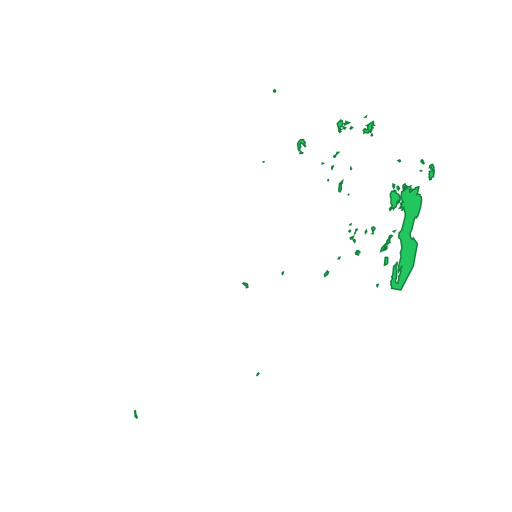 the district of Stykkishólmsbær, Vesturland, Iceland, rotated 321°
{"feature_id": "244011B37463664010444", "entity_name": "Stykkishólmsbær", "entity_type": "district", "adm_level": 2, "iso_a3": "ISL", "parent_name": "Iceland", "parent_adm1": "Vesturland", "projection": "orthographic", "projection_center": [-22.794, 65.108], "detail": "fine", "context": "isolated", "style": "filled", "palette": "green", "viewbox_px": 512, "rotation_deg": 321, "n_neighbors": 0, "source": "geoboundaries", "source_scale": "gbopen_adm2", "svg_char_len": 6198}
<svg xmlns="http://www.w3.org/2000/svg" viewBox="0 0 512 512"><g transform="rotate(321 256 256)"><path d="M389.6,341.0L388.7,341.6L387.6,340.3L388.7,337.0L390.2,335.2L393.6,333.6L402.2,327.0L404.9,326.1L405.5,326.6L405.2,327.1L407.3,326.6L414.8,321.5L420.0,316.6L421.6,313.8L421.1,312.3L422.1,311.5L421.2,310.5L421.0,309.5L420.0,309.4L423.2,307.1L423.1,306.4L424.7,306.0L426.1,304.7L422.8,303.3L421.5,304.2L419.6,302.6L418.4,303.7L415.8,303.3L417.2,301.1L418.0,301.9L419.3,300.5L419.4,299.4L420.3,299.1L417.2,297.8L417.2,296.2L416.6,295.2L417.2,293.8L414.9,293.6L413.4,295.2L416.6,295.8L416.9,296.9L415.7,297.2L415.9,297.4L415.6,298.5L414.8,298.4L415.0,297.5L414.2,297.8L414.5,296.5L413.9,296.3L413.2,296.6L414.1,297.0L414.1,297.9L413.6,298.2L412.4,297.3L411.8,297.4L411.4,298.5L409.6,297.8L405.6,301.6L405.7,302.8L404.2,305.1L404.5,306.8L401.9,306.1L401.2,306.8L401.9,307.1L401.6,308.1L400.8,307.4L401.3,308.1L397.7,309.2L399.2,310.0L400.3,309.2L400.4,309.8L400.1,311.0L397.6,312.5L401.2,311.6L399.4,315.0L399.6,315.9L396.8,319.2L385.4,327.6L382.0,328.1L379.2,330.4L378.5,332.2L378.9,333.0L378.6,334.6L374.3,341.8L370.1,344.4L368.5,347.6L359.4,354.6L356.7,358.0L363.7,355.4L358.9,358.0L359.2,358.7L355.5,361.5L354.0,361.3L352.0,364.5L350.5,365.0L349.3,366.5L348.0,365.0L348.0,364.0L349.4,362.4L350.7,361.9L356.4,355.5L357.6,352.9L359.5,352.1L362.1,349.4L359.3,350.6L356.5,350.6L350.5,356.7L348.2,357.7L348.0,357.9L348.3,358.8L347.7,359.7L344.6,360.6L343.6,362.8L342.8,362.9L342.2,365.5L341.0,366.5L347.2,373.5L371.8,362.9L389.1,348.0L389.6,341.0ZM404.0,292.1L402.1,291.1L399.0,292.7L398.6,293.9L397.5,294.7L397.7,295.5L397.2,296.3L393.7,300.5L394.0,302.0L393.7,302.7L389.4,303.4L389.0,304.9L392.3,304.4L392.6,304.7L392.2,306.2L394.1,305.5L395.2,306.0L398.9,303.9L399.8,302.6L400.2,302.7L398.7,304.9L402.4,301.9L400.5,304.8L403.8,302.7L405.7,298.2L404.5,295.5L405.7,292.9L405.4,292.3L404.2,292.6L403.6,293.7L404.0,292.1ZM431.6,225.2L424.3,224.4L425.2,225.4L423.8,226.1L422.8,228.2L421.5,227.7L421.1,225.9L419.7,225.5L418.3,226.1L418.4,227.2L417.2,228.3L418.4,228.6L420.7,231.0L422.3,230.2L422.7,231.9L424.0,231.5L423.6,231.3L423.8,230.5L427.7,230.1L427.6,229.1L427.0,228.9L428.0,227.4L430.1,228.9L430.0,227.3L431.1,226.7L430.7,226.3L431.6,225.2ZM364.0,193.7L360.8,194.1L358.5,195.6L356.3,199.2L355.7,201.2L356.4,201.4L358.4,199.5L359.5,199.4L360.0,197.7L361.7,196.4L363.1,198.6L362.7,199.4L363.0,200.4L362.9,201.7L363.7,201.8L363.8,199.9L365.8,198.6L365.6,196.1L366.1,195.4L364.0,193.7ZM407.4,203.7L402.4,204.3L400.1,209.7L398.9,211.2L398.8,212.6L400.3,212.7L400.1,211.5L400.5,211.0L402.0,211.4L401.6,209.5L402.9,208.6L403.9,209.2L407.0,207.9L407.2,206.3L408.0,205.3L407.1,204.5L407.4,203.7ZM446.4,300.5L443.8,299.4L443.6,300.3L441.7,301.7L441.6,302.7L440.2,303.6L439.0,306.1L440.5,306.6L441.2,305.4L443.8,306.0L446.1,303.9L445.8,303.7L445.9,303.0L447.7,302.7L448.6,300.8L446.4,300.5ZM352.5,344.7L354.1,344.1L357.4,340.0L355.6,338.4L350.0,344.0L352.5,344.7ZM370.6,252.1L366.4,252.4L361.7,256.9L361.1,258.2L361.9,259.1L364.2,257.8L367.5,253.7L368.7,253.7L370.6,252.1ZM372.5,324.5L368.6,326.7L367.7,326.4L365.1,328.8L365.8,329.7L367.6,329.0L368.6,329.8L369.5,328.0L371.5,326.5L374.6,326.2L374.0,324.8L372.5,324.5ZM450.7,295.6L447.9,295.2L446.4,296.5L448.1,297.3L446.7,298.5L447.7,298.9L447.6,300.2L448.7,300.5L450.0,299.0L450.8,296.9L450.7,295.6ZM360.9,330.7L364.9,328.0L358.5,329.0L355.9,331.0L358.4,331.4L360.9,330.7ZM339.1,316.3L337.3,315.3L336.7,316.3L335.4,316.1L334.7,317.2L336.2,319.6L336.8,319.1L336.7,318.5L339.2,318.4L338.8,316.7L339.1,316.3ZM301.8,312.5L297.4,313.6L296.7,315.2L300.2,315.3L302.3,314.1L301.5,313.6L301.8,312.5ZM230.0,275.1L231.7,272.4L229.5,269.1L228.6,269.1L228.6,270.1L229.5,272.6L228.6,274.6L230.0,275.1ZM362.2,310.6L365.0,310.0L366.1,309.0L365.7,307.5L364.3,306.8L363.1,307.7L362.2,310.6ZM412.4,211.2L410.6,208.1L410.2,208.9L408.4,208.9L407.4,209.9L412.4,211.2ZM445.4,288.6L445.2,287.6L445.7,287.2L445.8,286.1L444.8,285.5L443.6,286.4L444.1,289.7L444.8,289.8L445.4,288.6ZM341.8,303.4L344.0,302.1L340.8,301.2L340.1,302.3L341.8,303.4ZM362.6,332.4L363.9,330.7L359.6,332.3L361.1,332.8L362.6,332.4ZM409.7,290.9L408.9,291.2L407.9,293.6L408.4,293.0L408.7,293.5L408.3,294.3L410.0,293.8L410.4,291.6L409.7,290.9ZM62.0,306.8L63.1,303.7L63.1,302.9L61.2,304.1L61.2,306.7L62.0,306.8ZM408.5,287.8L407.6,286.4L406.9,288.1L406.3,287.8L405.8,289.9L407.6,289.1L407.8,288.0L408.5,287.8ZM404.7,213.1L406.4,212.8L405.1,210.5L404.1,211.8L404.7,213.1ZM349.3,299.4L352.1,299.0L350.2,298.3L349.3,299.4ZM356.3,203.6L357.0,202.5L355.1,203.7L355.8,203.8L355.4,204.4L355.9,205.1L357.1,205.2L356.3,203.6ZM342.2,305.4L342.4,304.9L341.6,305.0L341.3,307.3L342.5,306.8L342.9,305.6L342.2,305.4ZM184.3,349.1L184.2,348.4L183.3,348.4L181.1,349.8L184.3,349.1ZM427.9,273.2L428.2,272.2L427.9,271.6L426.4,271.3L426.8,273.0L427.9,273.2ZM369.2,236.6L371.4,235.3L373.3,234.5L370.9,234.5L369.2,236.6ZM380.3,228.9L381.1,227.6L379.2,227.4L378.9,228.4L380.3,228.9ZM375.2,138.7L373.9,138.5L373.2,139.4L373.6,140.0L374.3,139.2L374.0,140.5L374.7,140.4L375.2,139.7L375.2,138.7ZM411.8,217.0L411.4,215.6L409.3,216.3L409.5,216.9L411.8,217.0ZM382.6,227.7L385.4,227.5L384.2,226.5L382.6,227.7ZM264.6,287.4L265.9,286.7L267.1,285.7L266.1,285.3L264.6,287.4ZM343.9,296.2L345.2,296.0L345.3,295.1L343.9,295.1L343.9,296.2ZM355.5,307.1L357.3,306.8L357.8,305.5L356.3,306.0L355.5,307.1ZM63.1,301.8L64.2,301.7L64.8,300.3L64.0,300.2L63.1,301.8ZM331.1,356.1L331.8,355.7L333.0,355.0L332.1,354.5L331.1,355.1L331.1,356.1ZM422.4,235.6L422.8,234.1L421.3,234.9L422.1,235.7L422.4,235.6ZM320.4,309.8L319.7,309.4L318.2,309.9L318.8,310.5L320.4,309.8ZM383.7,248.8L385.2,248.2L385.4,247.2L383.7,248.8ZM378.4,324.2L379.8,323.9L378.2,323.3L378.4,324.2ZM347.2,300.9L348.3,299.8L346.8,300.8L347.2,300.9ZM437.7,294.0L439.0,294.0L437.5,293.4L437.7,294.0ZM349.9,291.0L348.1,290.6L349.3,291.5L349.9,291.0ZM362.2,311.7L360.4,311.7L360.9,312.4L362.2,311.7ZM366.6,226.3L366.0,225.5L365.4,226.2L366.6,226.3ZM359.9,242.8L360.6,241.7L358.9,243.0L359.9,242.8ZM322.2,187.9L320.8,187.4L320.8,187.6L322.2,187.9ZM429.1,217.3L429.7,216.8L428.3,216.8L429.1,217.3ZM365.5,266.8L367.2,266.3L367.4,266.1L365.5,266.8Z" fill="#22c55e" stroke="#15803d" stroke-width="1.5"/></g></svg>